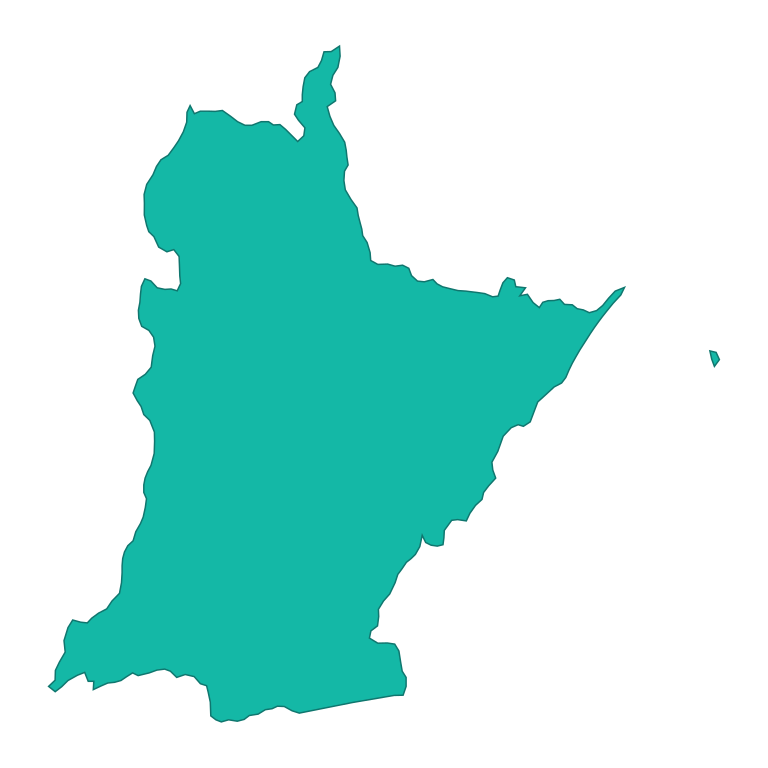 Paulo Lopes, Santa Catarina, Brazil
{"feature_id": "56859067B3611473740931", "entity_name": "Paulo Lopes", "entity_type": "district", "adm_level": 2, "iso_a3": "BRA", "parent_name": "Brazil", "parent_adm1": "Santa Catarina", "projection": "natural_earth1", "projection_center": [-48.752, -27.948], "detail": "fine", "context": "isolated", "style": "filled", "palette": "teal", "viewbox_px": 768, "rotation_deg": 0, "n_neighbors": 0, "source": "geoboundaries", "source_scale": "gbopen_adm2", "svg_char_len": 3711}
<svg xmlns="http://www.w3.org/2000/svg" viewBox="0 0 768 768"><path d="M561.6,383.0L565.8,377.5L569.0,370.0L572.3,363.2L576.4,355.9L580.0,349.7L585.2,341.6L590.5,333.3L594.7,327.1L598.5,321.8L602.4,316.6L606.6,311.3L613.1,303.3L620.8,295.0L624.5,287.4L615.2,291.1L608.6,298.2L602.7,305.5L596.6,310.6L589.3,312.7L583.3,309.9L577.2,308.7L572.3,304.8L564.5,304.4L559.8,299.3L554.1,300.5L548.1,300.7L542.8,302.3L539.3,307.6L533.1,302.6L527.4,294.3L519.8,295.8L525.5,287.8L515.8,286.7L514.3,280.0L507.4,277.7L502.9,282.8L500.2,289.9L498.1,296.1L492.6,296.8L484.8,293.6L477.2,292.5L471.3,291.8L465.8,291.1L458.0,290.6L449.3,288.5L442.6,286.8L437.1,283.9L432.9,279.5L424.3,281.8L417.5,281.1L411.5,275.6L408.8,268.3L402.6,265.2L395.1,266.2L387.7,264.1L377.8,264.4L370.7,260.5L370.1,252.6L367.1,242.5L362.7,235.6L361.8,229.1L359.9,222.0L358.2,215.4L357.0,207.9L351.0,199.5L345.3,189.8L343.9,180.6L344.5,171.2L348.1,165.0L346.9,157.0L346.2,150.2L344.7,142.2L339.5,133.5L333.8,125.4L329.9,116.3L327.2,106.6L335.6,100.8L335.0,92.8L330.6,84.3L332.9,75.3L337.9,67.4L340.1,56.2L339.5,46.1L331.2,51.6L324.0,51.8L321.5,60.5L317.9,67.4L309.6,71.6L304.8,77.8L303.1,86.8L302.3,94.7L302.3,101.5L296.8,104.8L294.5,114.2L298.5,120.3L304.9,127.8L303.8,135.8L297.7,141.5L291.7,135.5L285.5,129.3L279.9,124.6L273.4,125.0L268.6,121.7L261.1,121.7L251.9,125.3L245.0,125.3L237.6,121.7L230.6,116.3L222.4,110.5L215.2,111.4L208.0,111.2L200.3,111.2L194.4,113.7L190.1,105.6L187.0,112.3L186.7,122.2L183.3,131.9L178.5,140.8L174.1,147.3L168.2,155.3L161.0,159.7L156.5,166.4L153.0,174.7L146.7,184.4L144.1,194.5L144.4,203.2L144.3,215.0L146.7,225.5L148.8,231.7L153.9,236.6L158.7,247.1L166.9,251.8L173.8,249.6L179.1,256.5L179.5,266.9L179.8,275.9L180.6,283.6L177.2,290.8L171.1,289.0L164.9,289.4L157.2,287.8L150.9,281.0L144.9,278.8L141.4,286.4L140.5,294.0L139.9,302.3L138.4,310.2L138.8,318.4L141.7,326.3L148.9,330.4L153.6,337.2L155.0,346.2L152.7,355.6L151.2,367.2L145.3,374.3L137.8,379.4L135.2,386.7L133.1,393.0L137.2,400.6L141.1,406.5L143.8,414.6L149.8,420.4L154.4,432.0L154.6,441.4L154.2,453.5L151.0,465.4L147.7,471.6L145.1,478.1L143.8,484.9L143.8,492.5L146.5,498.7L145.3,507.5L143.2,517.1L140.5,523.5L135.8,531.7L133.1,540.8L127.8,545.7L124.5,551.9L122.7,558.5L122.1,565.7L122.1,572.8L121.5,582.7L119.5,593.3L112.0,601.0L106.7,608.9L98.6,613.1L91.7,618.2L87.3,622.9L80.7,622.2L72.7,620.0L68.0,627.6L64.0,640.6L65.2,652.1L59.4,662.1L55.4,670.4L55.1,680.2L48.6,686.4L55.2,691.7L61.7,686.7L68.0,680.5L77.5,675.2L84.7,672.4L88.2,681.3L93.8,681.3L93.3,689.6L101.6,685.7L107.8,683.0L114.6,682.3L121.0,680.5L126.7,676.6L132.6,672.9L138.1,675.6L143.8,674.2L149.2,672.9L156.9,670.1L164.7,669.1L170.4,671.2L176.7,677.4L185.2,674.5L194.2,676.6L200.4,683.7L206.6,685.7L208.2,692.2L210.3,702.1L210.8,715.9L215.9,719.8L221.3,721.9L228.6,719.8L237.3,721.2L244.2,719.4L249.3,715.5L258.2,714.1L265.3,709.7L272.1,708.7L277.4,706.2L284.3,706.5L292.1,710.8L299.3,713.1L352.5,702.5L383.5,697.2L394.2,695.4L403.1,695.2L406.1,686.4L406.1,677.4L402.2,671.2L400.7,662.5L398.9,651.0L394.7,644.1L387.3,643.0L377.8,643.2L369.4,638.1L370.9,630.9L377.5,625.9L378.7,616.5L378.4,609.3L383.5,601.0L389.7,594.0L395.1,582.7L397.8,574.4L401.7,569.2L406.4,562.3L411.2,558.5L415.4,554.4L419.8,546.6L422.2,535.3L425.7,542.5L431.1,545.2L437.3,546.1L443.0,544.7L443.9,537.9L444.3,530.4L451.7,520.3L457.6,519.6L466.3,520.9L469.9,513.3L475.5,505.4L482.0,499.4L483.6,492.5L488.6,485.9L495.7,478.1L492.8,470.1L491.9,462.2L497.8,451.4L503.2,436.2L511.2,427.7L518.1,424.7L523.4,426.3L530.2,421.9L534.4,410.7L537.7,402.0L543.1,397.1L547.9,392.7L554.2,386.9L561.6,383.0ZM719.4,359.6L716.1,352.4L709.9,350.9L711.7,359.1L714.4,366.4L719.4,359.6Z" fill="#14b8a6" stroke="#0f766e" stroke-width="1.5"/></svg>